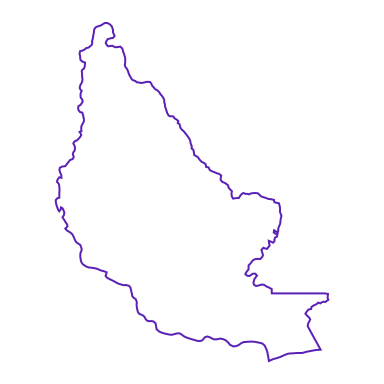 Santana, Amapá, Brazil
{"feature_id": "56859067B35347947791868", "entity_name": "Santana", "entity_type": "district", "adm_level": 2, "iso_a3": "BRA", "parent_name": "Brazil", "parent_adm1": "Amapá", "projection": "mercator", "projection_center": [-51.377, 0.176], "detail": "fine", "context": "isolated", "style": "outline", "palette": "violet", "viewbox_px": 384, "rotation_deg": 0, "n_neighbors": 0, "source": "geoboundaries", "source_scale": "gbopen_adm2", "svg_char_len": 5530}
<svg xmlns="http://www.w3.org/2000/svg" viewBox="0 0 384 384"><path d="M320.6,349.7L307.7,326.2L308.1,323.6L309.2,321.6L310.2,319.4L309.2,317.6L307.0,315.6L305.4,313.6L306.7,311.7L308.5,309.5L311.1,309.0L311.5,306.9L313.8,305.4L316.5,304.2L318.2,302.6L320.3,303.4L321.7,302.3L323.8,301.7L325.4,302.0L326.7,300.9L328.3,299.9L327.6,297.8L327.8,295.6L328.0,293.9L324.3,293.4L320.5,293.4L316.7,293.4L305.9,293.4L295.9,293.4L288.2,293.4L285.8,293.4L283.8,293.4L275.3,293.4L271.8,293.4L271.7,289.0L269.1,287.6L266.5,286.5L264.3,285.0L262.2,284.5L260.2,285.0L258.2,285.6L256.0,286.0L254.0,284.7L253.4,282.7L254.5,278.8L255.7,277.3L257.0,275.5L255.2,273.7L252.8,273.7L250.7,275.2L249.1,276.1L247.0,275.6L245.3,274.0L246.7,271.7L248.6,269.3L248.5,267.4L248.7,265.2L250.5,263.5L251.9,261.5L253.2,260.1L255.3,259.1L257.7,258.9L260.3,259.0L262.3,256.8L263.0,255.2L262.3,252.7L261.4,250.0L263.3,247.8L265.4,248.5L267.0,248.9L269.7,245.4L269.1,243.5L268.8,240.8L271.3,241.8L273.0,242.7L274.4,241.4L274.5,239.4L275.1,237.5L277.1,236.5L277.4,234.5L275.1,233.6L273.7,232.4L274.1,230.3L275.6,231.2L277.8,232.5L278.3,230.7L278.2,228.5L279.3,225.8L280.2,223.7L280.5,220.3L280.9,218.0L281.5,216.0L280.5,213.4L279.9,211.3L280.1,209.5L279.9,207.0L279.0,203.3L276.5,202.8L274.4,202.2L274.0,199.9L271.0,199.2L268.3,198.9L265.5,197.8L262.9,197.1L261.0,196.3L259.7,195.0L257.9,193.3L255.2,193.0L252.4,193.2L250.7,193.5L249.1,194.4L247.5,193.9L245.7,193.9L243.3,193.0L241.7,194.0L240.3,195.7L238.8,198.0L236.0,198.1L233.1,198.6L231.8,196.4L231.5,193.7L231.9,191.2L230.0,189.3L228.5,187.5L228.2,185.5L226.7,184.2L224.8,182.9L222.5,182.0L220.7,180.1L220.7,178.2L221.2,175.5L219.1,173.9L217.0,173.3L215.4,172.6L213.4,171.8L211.5,171.1L209.7,169.9L208.6,167.4L206.2,167.0L205.5,164.1L203.7,162.8L201.7,161.9L199.6,159.7L198.1,157.5L196.6,156.3L194.3,155.1L193.9,152.4L193.3,149.7L191.6,148.5L191.8,146.3L190.6,143.4L190.4,141.4L189.4,138.8L188.1,137.0L187.1,135.5L185.5,133.5L183.7,131.2L181.6,129.5L180.3,127.4L179.6,124.2L177.7,123.0L178.3,121.1L176.8,119.7L174.4,118.2L173.6,116.7L172.0,116.2L170.1,116.3L168.6,115.5L167.1,112.8L166.2,109.8L165.1,106.7L164.9,104.3L164.3,102.3L164.1,99.6L162.9,97.1L161.4,95.3L160.2,93.9L159.3,92.2L157.3,90.3L155.0,89.1L153.9,87.5L152.2,85.8L151.5,84.0L150.1,82.0L146.8,81.8L144.1,82.5L141.6,83.0L139.4,82.6L136.9,82.3L135.2,80.9L133.4,80.4L131.8,79.3L130.6,77.2L129.2,74.8L128.5,72.8L128.0,71.2L127.2,69.2L125.5,67.1L124.8,65.2L125.2,62.6L125.2,60.2L125.2,57.9L124.6,56.0L124.1,54.1L123.3,52.2L122.9,50.3L122.2,48.4L120.3,46.6L117.6,47.1L115.1,47.2L112.1,45.7L109.9,46.1L108.1,46.3L106.6,44.7L105.7,42.9L106.4,41.3L107.6,39.2L110.3,38.4L113.2,37.8L114.6,35.9L113.7,33.9L113.0,32.4L113.0,30.1L112.0,26.8L111.0,25.4L109.5,24.1L107.2,23.0L105.0,23.0L103.2,23.9L101.6,25.0L99.9,25.8L97.9,26.3L95.9,27.2L94.4,28.9L94.0,31.1L93.8,32.9L93.2,36.0L92.7,39.1L92.0,41.2L92.3,42.9L91.7,45.0L90.1,46.3L88.5,47.6L86.2,48.1L84.5,49.6L82.6,50.5L80.1,51.2L79.5,53.9L80.1,56.0L80.2,58.1L80.6,60.2L83.0,61.9L85.1,62.6L84.9,64.5L84.7,66.7L83.8,68.8L82.2,69.8L81.7,71.4L82.1,73.4L82.1,75.8L82.2,77.5L82.5,79.3L82.3,81.2L81.6,83.0L80.3,85.1L79.7,87.9L80.4,89.5L81.7,90.9L80.7,92.9L80.5,95.7L80.7,97.7L82.1,99.3L82.7,101.5L81.7,103.3L80.4,105.0L78.5,106.1L78.1,108.1L78.5,110.2L80.1,112.1L82.3,112.6L83.0,114.8L83.4,116.8L83.9,119.0L83.9,121.5L82.3,124.3L81.3,126.5L81.2,129.1L81.5,131.1L79.6,131.9L80.6,133.4L81.3,135.1L79.9,137.3L78.4,139.0L77.0,140.3L74.4,141.5L73.3,143.5L74.6,145.9L75.0,148.1L74.6,150.7L73.3,152.3L72.8,154.4L73.8,156.9L72.6,159.1L70.2,159.9L68.5,162.0L67.0,163.8L65.4,166.1L62.0,166.6L59.8,167.9L59.4,170.1L60.2,172.6L61.3,175.2L61.4,177.8L59.3,177.3L57.7,179.4L56.9,181.8L58.6,183.5L59.2,185.3L59.3,187.2L59.6,189.3L59.4,191.6L59.3,193.4L59.3,195.5L59.4,197.6L57.1,198.4L55.7,200.1L55.9,202.4L56.2,204.0L56.9,206.4L57.5,208.0L58.1,209.7L59.2,211.3L60.6,209.6L61.1,207.4L62.6,208.4L63.6,210.4L64.4,212.9L63.8,215.3L62.5,217.4L64.1,219.7L65.0,221.2L66.2,223.1L67.2,224.6L67.4,226.5L65.3,228.6L67.1,230.6L70.3,232.5L72.1,234.0L73.9,237.3L75.1,240.3L76.3,242.3L77.8,243.3L80.3,245.0L81.2,247.4L81.7,249.2L81.4,251.0L80.6,252.5L80.3,254.4L80.3,257.0L80.9,260.6L81.4,262.3L82.9,264.3L85.4,266.1L88.6,267.5L90.7,267.6L94.1,268.1L96.8,268.7L98.4,269.3L100.1,270.2L101.9,270.7L104.1,271.3L106.6,272.3L106.3,274.0L105.6,276.0L106.8,277.5L108.8,278.7L111.0,279.8L113.7,281.1L118.0,283.5L119.9,284.1L121.8,284.7L123.4,285.2L125.9,285.0L129.0,285.8L130.4,287.4L131.0,289.8L131.4,291.9L131.9,293.5L132.2,295.9L133.6,297.8L135.7,299.1L136.8,301.9L136.6,304.7L136.8,307.3L137.3,309.5L137.8,311.8L139.3,313.9L141.6,314.8L143.3,315.7L144.6,317.0L145.5,318.9L146.9,320.5L148.4,321.1L150.2,321.1L151.9,321.1L153.5,321.5L155.5,323.2L156.0,325.6L156.5,329.1L159.1,331.5L161.6,332.6L163.8,333.3L166.3,333.9L168.9,334.5L171.7,334.8L174.6,334.1L177.0,333.4L179.2,333.3L181.1,334.1L182.5,335.3L184.7,336.7L186.6,337.6L190.0,338.7L191.7,339.2L194.4,340.0L197.2,340.8L199.2,341.1L201.3,340.8L202.7,339.9L203.9,338.5L205.1,337.1L207.4,336.5L210.1,337.4L212.3,338.6L213.8,339.3L216.7,339.3L218.8,338.9L220.7,338.6L223.0,339.1L225.7,340.3L228.2,342.5L230.0,344.8L233.3,346.4L236.1,346.1L238.6,345.1L240.9,343.4L243.5,342.1L248.7,341.7L250.7,341.6L254.1,341.7L257.3,342.3L260.6,343.0L262.5,343.6L264.7,345.6L266.7,349.9L267.5,352.9L268.1,356.1L268.9,361.0L273.4,359.0L276.0,358.4L280.2,357.0L284.6,355.0L288.0,353.7L289.9,353.5L297.4,353.0L301.7,353.0L303.7,352.6L306.8,351.7L316.0,350.0L320.6,349.7Z" fill="none" stroke="#5b21b6" stroke-width="2"/></svg>